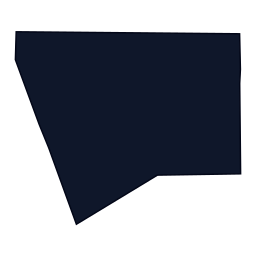 the district of Hood, Texas, United States of America
{"feature_id": "52423323B45355972710900", "entity_name": "Hood", "entity_type": "district", "adm_level": 2, "iso_a3": "USA", "parent_name": "United States of America", "parent_adm1": "Texas", "projection": "robinson", "projection_center": [-97.864, 32.396], "detail": "fine", "context": "isolated", "style": "filled", "palette": "ink", "viewbox_px": 256, "rotation_deg": 0, "n_neighbors": 0, "source": "geoboundaries", "source_scale": "gbopen_adm2", "svg_char_len": 263}
<svg xmlns="http://www.w3.org/2000/svg" viewBox="0 0 256 256"><path d="M16.2,31.8L15.4,59.7L39.2,124.4L48.8,148.0L74.1,217.8L76.4,224.2L157.4,175.1L240.6,173.8L239.7,83.3L240.4,69.3L239.6,33.8L16.2,31.8Z" fill="#0f172a" stroke="#020617" stroke-width="1.5"/></svg>